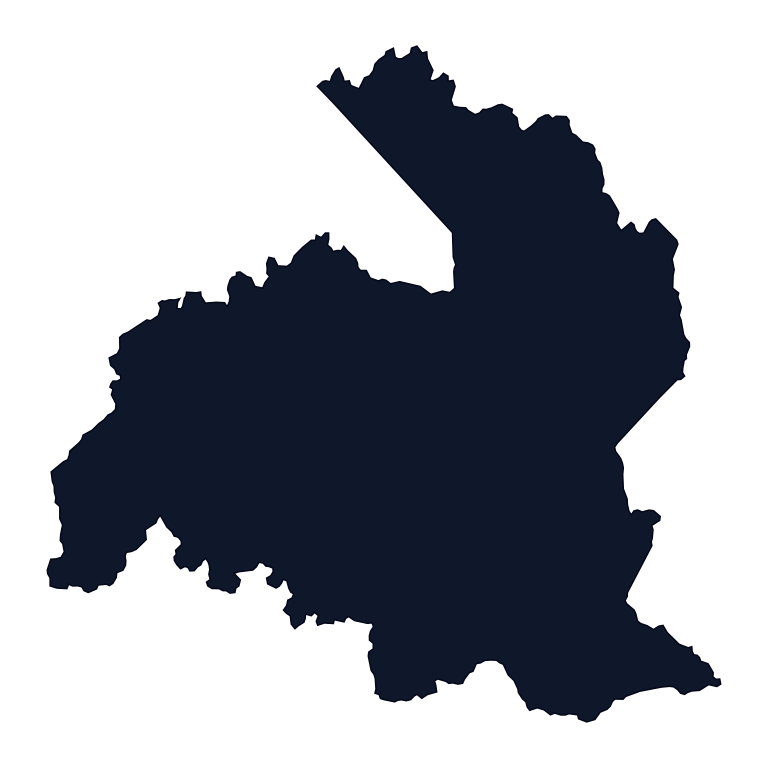 the district of Ecoporanga, Espírito Santo, Brazil
{"feature_id": "56859067B32250537499863", "entity_name": "Ecoporanga", "entity_type": "district", "adm_level": 2, "iso_a3": "BRA", "parent_name": "Brazil", "parent_adm1": "Espírito Santo", "projection": "robinson", "projection_center": [-40.825, -18.235], "detail": "fine", "context": "isolated", "style": "filled", "palette": "ink", "viewbox_px": 768, "rotation_deg": 0, "n_neighbors": 0, "source": "geoboundaries", "source_scale": "gbopen_adm2", "svg_char_len": 6054}
<svg xmlns="http://www.w3.org/2000/svg" viewBox="0 0 768 768"><path d="M66.9,588.6L68.6,584.2L72.6,585.9L77.9,585.8L81.9,586.9L84.1,590.7L88.3,592.5L96.5,588.9L98.1,585.0L106.3,584.2L109.4,585.6L112.9,583.3L116.2,577.5L116.8,572.6L122.9,570.2L125.5,565.3L125.8,560.8L125.1,556.2L126.2,552.4L131.6,551.4L136.1,549.4L146.2,539.6L145.3,529.7L155.8,522.9L157.4,519.0L160.2,515.2L166.9,527.0L171.9,531.7L174.2,536.1L178.2,537.2L181.1,540.7L181.5,544.5L175.6,550.3L176.3,554.3L174.1,556.9L174.4,560.5L176.7,564.4L180.5,568.7L184.9,566.5L188.0,567.4L189.9,570.9L194.2,570.7L197.5,566.8L200.7,564.9L202.4,561.2L205.6,558.4L208.0,561.7L209.2,565.1L209.8,569.5L208.9,574.3L210.2,579.5L206.5,582.2L207.9,586.0L212.0,588.5L219.0,588.6L222.9,590.6L226.3,590.7L230.0,593.1L234.9,592.5L235.8,588.0L238.8,586.0L240.3,579.9L234.0,573.4L238.9,571.7L252.9,570.0L256.4,566.8L259.0,562.2L263.2,563.1L265.8,566.1L269.0,566.5L273.0,568.1L273.1,571.9L270.7,575.8L266.6,578.1L267.7,583.9L276.1,588.0L279.3,586.0L281.6,582.9L283.1,579.3L286.9,580.9L288.8,588.2L290.8,592.1L293.7,593.8L292.0,598.1L287.8,600.2L286.7,605.5L283.5,610.1L286.5,613.3L290.3,615.8L291.3,624.1L294.9,628.7L298.3,625.7L303.9,622.2L305.1,618.7L305.5,614.1L311.4,615.7L314.6,612.4L318.4,615.7L316.3,621.4L317.7,625.2L324.4,623.0L333.4,623.5L334.2,619.7L344.1,621.9L345.6,618.4L348.7,616.5L354.4,620.5L367.4,623.3L372.1,622.9L373.5,626.8L370.5,631.3L369.4,635.8L369.5,640.1L373.3,643.4L373.2,649.0L368.8,652.0L368.3,656.1L371.2,670.4L374.0,674.3L375.3,678.4L376.0,689.0L375.0,693.2L379.1,694.5L380.5,698.5L384.0,699.6L394.7,701.8L397.9,700.2L401.6,699.8L406.3,700.7L410.7,699.6L414.1,696.0L417.1,694.4L421.8,698.3L427.5,694.5L436.7,691.9L435.6,684.6L434.4,681.0L437.6,678.9L446.1,681.4L448.7,683.3L452.8,682.9L458.0,684.1L462.6,683.3L464.4,679.2L469.3,672.6L473.0,671.3L476.3,663.6L480.3,662.9L485.0,660.4L490.2,660.0L496.5,660.2L499.5,662.6L503.3,664.3L508.2,674.9L514.0,680.5L517.9,688.9L518.5,692.7L522.5,698.9L525.9,701.8L527.3,707.1L529.7,710.3L537.2,707.8L544.0,709.8L550.5,714.8L554.6,713.1L560.9,715.0L565.2,715.0L568.9,713.7L577.6,714.8L578.6,718.8L586.7,721.9L594.9,719.5L600.1,712.2L607.1,709.2L610.2,706.2L612.5,701.3L615.1,699.0L623.1,699.2L625.6,696.4L639.9,691.2L661.1,687.1L669.4,686.3L673.7,686.8L677.6,689.6L680.6,693.2L684.6,694.4L687.4,692.5L691.6,691.0L699.6,690.3L708.6,684.6L716.9,686.5L720.7,684.1L719.7,679.0L716.2,679.4L712.9,676.9L713.2,672.6L708.0,663.7L700.6,661.2L699.5,657.7L697.2,655.3L693.7,654.8L692.1,651.2L691.8,646.7L688.2,647.8L679.1,644.3L667.2,632.6L663.0,625.4L658.7,626.2L653.5,629.6L647.1,625.7L640.8,623.6L637.5,621.0L635.8,613.8L634.2,610.2L626.6,603.7L625.0,600.5L627.2,596.6L627.4,592.6L651.9,545.6L651.2,541.9L652.2,538.3L653.0,529.6L651.7,525.5L659.7,520.3L660.2,516.4L653.5,510.7L649.1,510.1L642.1,512.0L637.7,510.0L634.0,510.9L631.2,514.9L628.9,511.1L627.4,504.7L627.1,498.9L623.3,488.9L622.7,474.5L623.3,467.8L622.5,463.6L620.7,458.6L615.5,451.3L614.6,447.1L617.4,443.0L659.1,397.9L677.2,379.6L680.7,379.4L684.6,376.1L682.5,372.6L682.7,368.4L684.1,360.6L686.4,358.5L686.2,354.7L689.5,346.3L689.3,342.4L685.8,338.6L683.7,334.8L681.0,319.8L679.2,315.3L681.3,307.2L677.8,297.1L678.7,293.0L672.7,288.2L673.1,275.5L674.2,269.7L672.1,259.0L677.9,244.2L676.6,240.2L655.7,218.9L651.8,220.0L649.4,222.4L643.8,233.1L639.4,233.5L636.5,231.4L634.9,228.4L634.0,224.7L631.1,222.4L621.1,230.7L616.4,223.2L618.8,212.9L617.1,209.1L609.4,196.0L605.9,193.7L601.6,192.8L601.9,188.1L603.7,184.5L603.8,179.6L602.4,174.6L601.6,168.0L599.8,162.6L597.3,160.3L594.4,153.0L594.9,149.1L592.6,145.1L588.0,142.9L582.7,142.2L575.8,135.4L571.8,133.3L568.9,124.9L569.1,120.4L566.3,116.6L556.0,116.2L552.5,118.7L548.5,114.9L545.4,115.1L538.3,118.7L536.4,121.5L531.3,126.2L524.2,131.3L521.2,130.3L518.5,126.9L517.0,117.8L511.6,113.2L512.4,109.3L502.1,104.4L498.0,105.0L491.7,108.0L486.2,109.5L483.0,109.3L479.6,113.0L475.0,114.6L468.2,110.6L465.7,107.8L459.5,107.5L453.3,106.2L451.0,100.1L455.1,86.6L453.2,80.4L448.1,81.2L448.0,76.1L443.4,73.3L439.3,77.9L432.7,81.0L429.7,79.8L432.9,70.3L427.3,58.7L426.7,51.8L422.0,53.0L416.9,46.1L411.5,48.1L410.4,53.4L401.8,58.7L398.3,58.9L395.2,57.2L393.4,48.2L386.2,51.7L385.1,55.5L379.1,59.6L375.0,64.1L373.3,70.7L369.6,75.8L364.5,77.8L359.1,88.8L350.8,85.5L349.3,80.8L344.1,81.4L343.1,77.3L339.0,68.0L335.8,69.9L331.7,76.7L330.4,81.7L325.6,80.8L322.6,81.6L317.3,86.3L334.1,103.7L452.5,232.6L453.3,257.2L455.8,264.8L454.3,268.2L453.8,271.6L454.7,288.3L449.9,292.6L442.3,291.1L430.8,294.4L420.3,286.5L399.6,281.7L390.5,283.8L385.9,280.2L382.2,279.4L378.4,280.9L370.2,278.0L366.3,270.5L360.4,270.5L357.8,267.2L357.5,263.1L355.5,258.5L347.2,250.7L343.8,246.4L341.3,250.7L337.3,250.5L332.9,251.5L331.2,248.2L327.5,245.1L328.7,239.0L328.6,233.0L325.4,233.0L321.2,237.6L316.3,235.2L315.5,240.3L311.3,240.3L302.5,247.5L294.3,255.8L291.4,263.1L287.0,266.4L277.8,265.9L274.2,258.5L268.9,257.3L266.7,263.5L267.2,268.8L266.9,273.5L269.7,276.3L265.0,282.6L262.7,288.1L255.0,286.5L251.0,277.8L246.8,276.5L240.0,271.9L236.6,272.5L236.2,276.1L232.1,277.3L230.0,280.2L228.1,286.0L227.6,289.6L230.0,296.2L229.4,301.7L227.1,306.8L224.6,302.7L216.2,302.3L205.4,303.1L201.1,296.1L200.6,292.0L196.5,292.8L186.5,292.2L186.1,295.7L184.3,298.7L182.7,306.1L181.1,309.0L177.0,308.5L177.6,302.2L179.7,298.6L175.2,299.9L169.2,299.8L165.2,301.2L162.1,300.8L158.4,303.1L160.5,308.0L158.3,315.6L150.6,320.7L146.8,319.9L128.0,332.3L123.3,334.2L119.7,337.4L119.9,348.7L117.4,353.7L109.2,357.9L110.7,365.4L114.8,368.9L116.8,373.8L120.4,375.3L120.9,379.2L117.1,381.1L113.0,381.1L111.1,383.7L109.9,387.1L113.0,389.2L111.4,394.8L116.0,403.8L115.5,409.5L111.5,413.4L108.2,414.9L103.9,419.9L99.1,423.4L92.0,430.3L83.1,435.1L81.7,439.6L79.1,442.8L69.8,451.1L69.3,455.2L67.7,459.7L63.4,461.8L51.2,471.9L52.4,481.5L54.2,486.0L54.4,491.9L55.9,497.6L55.2,502.4L59.8,506.6L59.8,518.8L62.6,524.9L60.7,534.5L60.3,540.6L62.8,543.7L64.3,551.8L61.1,557.4L56.0,558.9L50.8,559.2L47.3,570.0L47.7,573.8L50.1,577.9L50.1,585.9L56.6,588.0L66.9,588.6Z" fill="#0f172a" stroke="#020617" stroke-width="1.5"/></svg>